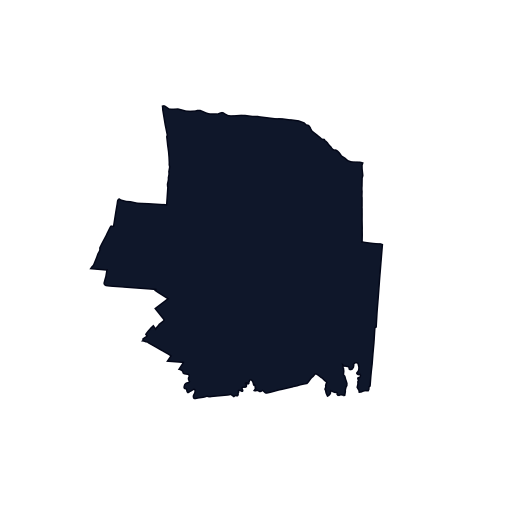 Poiana, Dâmbovita, Romania (Robinson projection), rotated 321°
{"feature_id": "2599482B93983600474327", "entity_name": "Poiana", "entity_type": "district", "adm_level": 2, "iso_a3": "ROU", "parent_name": "Romania", "parent_adm1": "Dâmbovita", "projection": "robinson", "projection_center": [25.674, 44.559], "detail": "fine", "context": "isolated", "style": "filled", "palette": "ink", "viewbox_px": 512, "rotation_deg": 321, "n_neighbors": 0, "source": "geoboundaries", "source_scale": "gbopen_adm2", "svg_char_len": 6122}
<svg xmlns="http://www.w3.org/2000/svg" viewBox="0 0 512 512"><g transform="rotate(321 256 256)"><path d="M361.4,326.7L360.4,325.0L357.7,322.7L354.9,320.0L351.8,316.8L348.8,313.6L347.4,311.9L347.2,311.8L347.9,311.1L351.8,306.5L354.7,302.8L355.9,301.4L361.2,294.6L364.9,290.1L365.6,289.2L368.1,286.1L368.8,285.1L370.1,283.6L373.1,279.9L375.1,277.4L375.8,276.3L379.0,272.6L380.0,271.1L381.3,269.5L382.5,268.2L387.6,262.1L388.8,261.3L389.5,260.8L390.0,260.1L393.3,255.0L395.4,252.3L395.6,252.1L397.5,250.9L396.4,249.3L395.5,248.3L390.9,244.4L389.1,242.6L387.4,239.9L387.0,238.2L386.7,236.1L385.4,232.3L385.3,231.3L385.5,230.7L385.6,228.2L385.4,226.0L385.1,224.9L384.6,223.8L383.8,223.3L383.4,222.8L382.9,222.0L382.6,220.4L382.6,219.6L382.8,218.6L382.6,216.7L382.5,214.7L382.7,213.1L382.5,211.0L382.1,209.9L382.4,208.5L382.1,208.1L381.6,207.7L380.8,206.8L380.5,206.2L380.4,205.1L380.3,204.3L378.2,194.8L378.1,194.0L378.1,193.2L378.3,192.8L378.5,191.3L378.8,190.8L379.0,189.1L379.0,188.1L378.9,187.6L378.5,186.9L377.5,186.0L377.1,182.8L374.1,177.8L369.0,172.4L367.8,171.4L362.8,166.1L360.2,163.8L358.8,162.8L357.0,161.2L346.2,150.0L345.0,148.5L341.0,145.3L336.0,140.0L332.8,137.3L327.8,133.8L324.4,131.2L322.5,129.2L321.1,125.9L320.6,124.2L319.8,123.2L318.1,122.4L315.7,121.7L309.5,116.6L308.2,115.0L307.1,113.3L305.6,110.4L304.2,107.8L302.3,106.2L299.9,105.1L295.9,102.2L292.7,99.3L289.9,95.4L287.8,92.6L285.2,90.8L283.0,89.1L280.9,87.2L279.6,82.6L279.1,81.6L278.4,81.0L277.6,80.7L277.3,81.3L275.5,83.8L268.1,96.8L263.2,106.2L262.9,106.5L262.3,106.7L261.7,107.2L258.3,112.5L257.3,114.0L253.6,120.1L250.6,124.5L247.5,128.7L246.0,130.5L245.3,131.8L245.2,132.3L241.4,135.6L240.6,136.8L239.6,138.0L237.2,140.0L236.3,141.2L235.4,142.1L232.4,144.5L231.1,146.3L230.9,146.9L230.4,147.5L218.7,160.1L216.8,158.1L215.5,157.1L205.4,147.8L197.8,141.1L196.6,139.9L192.7,135.0L191.8,134.1L190.9,133.3L189.4,131.9L186.9,128.5L186.1,127.3L185.8,126.5L185.7,125.8L185.2,125.5L184.7,125.5L183.6,125.8L182.8,126.4L180.9,128.2L176.0,132.5L164.0,143.3L163.0,142.5L162.2,141.6L161.5,141.7L160.0,142.3L153.5,145.3L153.3,145.5L143.9,149.5L140.2,151.2L139.7,151.5L138.7,152.9L137.3,153.8L134.7,154.8L131.1,157.0L124.4,160.7L123.5,161.0L121.7,161.2L119.6,161.8L130.4,172.2L131.5,173.0L126.3,177.6L124.1,179.1L121.0,181.4L120.5,182.1L120.4,182.8L120.5,183.8L120.9,184.6L123.0,186.8L125.5,189.2L151.4,213.5L157.1,218.9L156.8,219.2L156.0,219.3L157.1,223.0L160.8,233.9L144.6,233.4L144.5,247.4L144.0,248.1L143.8,248.2L143.3,248.3L137.8,248.2L136.6,248.6L133.6,249.1L132.0,249.7L132.0,248.8L132.3,245.6L128.5,245.9L128.0,246.1L125.3,246.5L121.8,247.3L121.0,247.7L121.1,249.5L119.9,249.7L118.4,249.5L117.3,249.4L115.8,249.4L115.6,250.1L115.2,250.6L114.5,250.6L115.5,251.7L116.4,253.3L117.6,254.6L117.8,255.8L123.0,269.1L125.9,276.4L126.8,279.0L127.0,280.2L121.0,282.0L132.7,293.0L132.4,293.2L124.9,295.6L125.5,296.3L126.4,298.5L126.4,299.7L126.1,300.4L125.8,301.0L126.1,302.2L127.0,303.3L129.0,305.5L129.0,306.1L128.7,307.1L128.3,307.7L127.3,308.0L126.7,308.4L126.1,309.1L125.6,310.5L125.4,311.6L124.7,311.9L123.8,311.9L122.6,311.2L121.2,310.9L119.8,311.1L118.8,311.7L117.5,312.7L117.1,313.9L117.5,314.4L118.0,315.3L118.1,316.2L117.5,317.2L117.1,318.1L117.1,319.2L117.8,319.6L119.4,319.6L120.3,319.9L122.7,320.2L123.7,320.4L124.2,320.9L124.3,321.7L123.6,322.7L122.9,323.5L121.4,324.3L120.4,324.7L119.2,325.4L118.7,326.1L118.2,327.1L118.4,327.9L119.0,328.5L121.7,329.9L126.0,332.5L127.6,333.3L129.6,334.0L130.9,335.8L131.9,336.6L132.1,336.6L133.7,337.6L147.0,346.5L149.4,347.7L150.3,351.3L151.4,351.3L152.2,351.5L152.8,352.1L153.3,352.8L154.0,352.9L154.7,352.6L155.1,352.2L155.4,351.6L156.7,350.9L157.1,350.5L157.4,349.7L157.8,349.5L158.3,349.8L159.0,350.4L159.9,352.3L160.4,352.6L160.9,352.3L161.2,352.0L161.6,350.5L162.1,349.8L162.6,349.5L163.5,349.9L164.2,350.5L165.5,351.4L166.4,351.3L166.8,350.7L168.0,350.0L167.5,348.5L167.9,348.2L168.5,348.2L169.3,348.9L169.4,349.9L169.7,350.5L170.5,350.3L170.7,349.7L171.7,349.3L172.4,348.8L173.4,348.6L174.2,348.9L174.4,349.4L174.5,350.3L174.4,351.5L173.9,353.0L173.3,354.1L173.1,355.0L173.8,355.1L173.7,355.7L173.3,356.7L172.2,358.5L172.3,358.6L171.0,359.1L169.9,359.4L170.3,360.0L170.9,360.5L172.4,361.2L172.9,362.0L173.7,363.8L174.7,364.3L176.4,364.5L176.8,365.3L177.1,367.8L177.5,368.8L178.4,369.4L181.8,371.1L189.8,374.6L191.8,375.7L201.9,380.6L202.0,380.5L202.6,380.8L206.4,382.8L206.5,382.8L209.1,383.8L212.3,385.4L215.4,387.1L217.4,386.8L221.5,385.7L222.8,385.5L224.6,385.5L226.9,385.0L228.2,385.0L228.7,385.8L229.2,387.2L229.8,389.4L230.2,391.4L230.7,392.7L231.0,396.1L231.4,397.3L231.5,398.8L229.8,399.6L228.5,400.6L228.0,401.5L227.5,402.0L226.7,402.3L225.8,402.9L225.4,404.5L224.7,405.7L224.1,407.1L223.7,408.6L223.4,409.9L223.8,410.0L225.2,410.1L226.5,409.9L227.6,409.4L228.5,408.4L229.5,407.9L230.4,409.8L231.2,411.3L232.1,412.2L232.9,413.0L232.8,413.8L232.0,414.5L232.0,415.8L232.9,416.6L233.9,416.8L235.1,417.6L235.9,418.7L236.9,419.1L236.6,419.8L237.3,420.1L240.1,417.6L241.0,416.4L242.0,415.6L243.5,414.5L245.0,413.9L246.5,412.2L247.5,409.7L248.0,408.2L248.8,406.5L249.3,405.3L249.2,403.5L249.5,403.0L251.7,400.8L253.3,398.3L253.4,397.9L253.4,397.3L253.5,396.9L254.4,396.1L254.9,395.1L255.0,395.7L255.0,396.9L255.6,397.4L256.0,397.6L258.4,400.5L257.3,402.6L257.6,403.4L258.3,404.0L259.6,404.4L260.1,404.2L261.6,403.8L262.7,402.9L263.3,402.3L263.4,401.6L265.2,401.3L266.1,401.5L266.9,402.1L267.6,403.0L267.6,403.8L266.4,406.4L265.7,407.6L264.1,409.2L262.8,409.9L261.2,410.2L260.6,410.4L260.4,410.9L260.5,411.7L260.7,412.3L261.3,413.0L262.3,413.3L262.3,413.8L262.1,414.6L261.2,415.2L260.4,415.6L259.3,415.5L259.3,415.1L258.8,414.8L258.1,415.2L257.8,415.6L257.6,416.9L256.9,417.4L255.9,417.9L255.3,418.9L254.0,420.2L252.9,421.0L252.0,421.7L251.3,425.9L250.5,426.5L250.6,426.9L252.5,428.0L253.6,428.2L254.9,428.7L256.2,429.4L257.3,430.4L258.4,431.3L259.7,430.7L260.1,430.3L261.2,429.0L262.8,428.8L263.9,427.7L269.1,422.2L273.1,418.1L278.2,413.1L285.5,405.4L292.8,397.9L303.2,386.6L304.7,386.8L315.0,375.5L325.2,364.8L337.8,351.4L361.4,326.7Z" fill="#0f172a" stroke="#020617" stroke-width="1.5"/></g></svg>